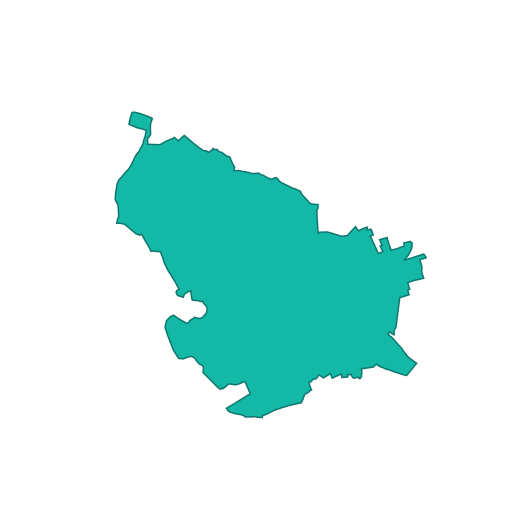 the district of Teius, Alba, Romania, rotated 228°
{"feature_id": "2599482B68392846868701", "entity_name": "Teius", "entity_type": "district", "adm_level": 2, "iso_a3": "ROU", "parent_name": "Romania", "parent_adm1": "Alba", "projection": "mercator", "projection_center": [23.717, 46.211], "detail": "fine", "context": "isolated", "style": "filled", "palette": "teal", "viewbox_px": 512, "rotation_deg": 228, "n_neighbors": 0, "source": "geoboundaries", "source_scale": "gbopen_adm2", "svg_char_len": 6097}
<svg xmlns="http://www.w3.org/2000/svg" viewBox="0 0 512 512"><g transform="rotate(228 256 256)"><path d="M145.2,382.0L149.7,372.0L152.0,367.0L153.6,363.7L153.9,364.3L154.4,368.4L155.2,371.4L156.3,374.1L156.7,375.2L157.7,376.9L159.2,378.9L160.3,379.9L161.8,380.9L162.9,380.0L163.6,380.4L166.1,375.9L166.8,374.6L165.3,373.6L164.3,372.7L164.5,372.1L166.0,368.4L167.2,365.4L168.5,362.8L169.9,360.2L170.2,360.3L171.1,360.9L172.7,361.5L174.1,362.2L175.1,362.4L175.7,362.6L176.9,363.2L178.5,364.1L179.6,364.6L180.6,364.8L180.9,365.0L181.3,365.4L182.0,365.8L185.4,358.8L179.7,357.0L180.5,355.2L180.4,355.0L179.5,354.7L174.3,353.1L174.4,352.8L176.0,348.6L179.6,349.7L189.5,352.8L194.2,354.3L193.2,357.2L194.1,357.6L195.1,358.1L199.1,359.4L200.5,356.3L202.1,356.7L202.1,357.2L202.4,357.5L203.0,357.9L203.6,356.8L205.5,351.4L206.3,348.9L211.2,349.6L210.7,343.3L210.0,337.6L213.3,332.9L226.0,325.2L231.1,319.2L231.5,317.5L244.4,327.7L249.4,332.0L250.2,334.3L252.8,336.5L256.7,332.7L258.0,331.8L259.2,331.4L265.8,331.4L270.5,331.2L274.5,332.3L276.1,331.5L280.2,329.9L280.7,329.2L283.1,328.1L290.3,325.3L293.4,324.0L296.1,323.5L299.2,323.7L300.8,323.4L301.4,322.4L302.0,320.8L302.3,319.6L302.5,319.1L303.2,318.5L306.4,316.9L308.8,316.1L310.8,315.6L312.4,314.4L314.1,313.9L315.7,313.5L316.1,313.2L316.6,312.3L317.6,311.0L318.3,310.1L318.8,309.6L318.9,309.2L319.3,308.8L319.8,308.3L320.7,307.9L321.4,307.2L321.7,306.8L322.4,306.7L322.9,306.6L323.8,305.9L324.0,305.2L324.2,304.9L324.4,304.8L324.9,304.9L325.3,304.9L325.5,304.7L326.3,303.9L327.1,303.1L328.2,302.4L329.8,301.2L330.5,300.7L331.2,300.1L331.7,299.8L332.3,299.1L332.9,297.8L333.8,296.9L334.1,296.7L334.5,296.8L334.8,297.3L335.0,297.9L335.4,298.5L335.9,299.0L336.2,299.4L336.9,299.8L337.5,299.8L339.3,300.1L340.7,300.5L343.3,301.4L344.1,301.7L345.6,302.3L347.0,302.8L348.4,302.2L349.4,301.5L350.7,300.8L351.4,300.6L352.0,300.7L353.0,300.5L353.4,300.4L355.7,300.0L355.9,299.9L356.6,299.3L356.9,299.1L357.7,298.8L358.3,298.4L358.9,298.3L359.8,298.2L360.2,298.5L360.6,298.6L361.1,298.4L361.5,298.0L362.3,297.1L363.6,296.2L364.6,296.0L364.1,295.4L364.3,294.4L364.7,290.0L367.0,289.6L367.5,289.3L368.4,288.5L369.2,287.6L370.0,287.2L372.6,286.7L374.3,286.3L378.8,285.5L380.1,285.2L383.8,284.7L387.1,284.3L390.3,283.8L393.6,283.4L393.7,280.7L393.7,279.1L393.5,275.4L398.7,274.7L398.6,274.3L398.9,273.5L399.2,271.9L399.9,270.5L401.6,265.5L402.9,259.4L403.5,258.5L411.5,250.3L415.8,254.0L416.2,255.1L415.8,255.6L416.6,258.5L417.4,259.6L421.8,263.1L424.7,266.0L427.6,271.0L428.9,270.6L435.7,267.2L439.4,265.2L443.7,262.3L445.6,260.1L443.2,255.6L438.9,249.7L430.8,253.5L425.2,257.3L422.5,258.5L419.9,254.5L418.9,254.0L418.8,252.9L416.5,248.9L415.0,247.3L414.8,246.0L414.0,245.4L413.8,243.3L413.2,241.9L413.0,241.2L412.3,240.1L411.9,238.4L411.9,237.2L411.6,237.2L411.5,235.6L410.3,231.4L409.5,229.7L408.1,226.3L407.2,224.3L405.9,219.9L405.5,214.4L404.7,209.8L404.5,207.3L404.3,204.8L403.7,203.7L402.3,200.8L401.6,199.8L400.9,199.1L399.7,197.6L398.5,196.1L396.3,193.3L395.1,192.2L392.5,189.5L391.8,189.0L390.0,188.5L388.1,188.0L387.1,188.1L386.5,187.7L382.4,184.6L379.1,181.9L376.9,180.0L375.9,177.4L374.8,176.2L373.6,174.4L370.7,177.4L367.3,179.7L352.7,181.7L349.2,183.6L349.2,185.3L344.9,185.1L344.9,184.6L334.5,182.5L329.9,181.1L328.5,182.8L323.0,187.8L319.5,186.3L317.7,185.9L313.0,183.5L303.7,180.8L296.9,179.8L297.0,179.7L288.1,178.1L288.1,177.8L282.8,176.7L283.3,174.0L282.3,172.1L279.1,171.3L273.9,174.4L275.5,176.9L275.0,181.1L274.6,181.9L273.8,184.1L266.5,179.3L265.6,179.3L261.5,183.1L258.8,184.7L257.9,186.1L255.8,185.4L252.8,185.5L250.3,185.0L248.6,183.5L247.4,181.8L246.7,180.4L246.2,175.6L246.4,174.1L247.0,172.7L247.8,171.8L248.3,171.4L250.9,169.7L251.8,168.9L251.4,165.8L252.0,165.8L252.1,164.4L252.4,163.8L251.6,161.0L251.7,160.6L252.3,159.7L258.4,157.3L259.0,157.3L259.0,157.1L267.3,155.0L268.2,151.7L267.8,146.2L263.9,140.7L256.1,137.2L240.9,131.5L231.6,130.0L228.1,133.3L226.8,137.1L224.8,140.6L222.0,142.1L218.0,141.7L213.8,141.6L210.3,142.9L208.2,142.4L204.9,138.7L187.2,139.5L184.2,139.7L184.1,139.8L181.0,140.1L180.2,142.8L179.5,142.7L179.2,146.5L179.3,149.7L178.2,151.1L174.1,154.4L172.9,156.4L171.5,159.9L171.1,161.8L169.9,163.8L157.5,159.5L160.9,140.7L162.6,132.1L160.3,131.7L158.1,131.9L156.6,132.8L155.1,133.6L153.2,134.7L152.7,135.2L151.8,135.8L149.9,137.2L149.4,137.7L147.9,138.8L146.5,139.6L145.7,140.0L144.8,140.1L144.0,140.2L143.2,140.5L142.9,141.1L142.5,141.6L141.6,142.7L140.8,143.5L139.5,144.8L138.9,145.5L137.3,147.9L136.3,148.5L135.4,148.9L133.6,150.8L133.1,151.5L131.7,152.5L132.3,153.4L133.1,154.2L132.2,155.7L131.5,157.7L130.6,160.5L130.2,162.2L129.7,164.1L129.3,165.7L129.0,166.7L126.9,171.5L126.1,173.3L124.8,176.2L123.5,179.1L122.7,180.7L121.4,182.9L120.8,184.2L116.6,191.6L117.1,192.4L117.6,193.6L117.9,194.9L119.0,196.2L119.4,197.2L119.5,197.9L120.3,198.6L120.5,199.2L120.5,199.9L120.1,201.8L119.8,202.9L119.5,204.6L119.7,205.0L119.8,205.5L119.6,206.7L119.3,207.7L121.6,208.4L123.0,208.9L124.8,209.8L126.7,210.8L125.7,213.2L126.3,215.9L124.5,218.5L125.5,223.0L124.2,223.6L122.9,224.0L120.3,224.5L118.8,232.6L114.3,230.8L112.2,237.4L111.1,240.5L108.3,238.5L104.8,243.1L106.5,244.5L104.0,247.5L103.4,247.1L102.2,246.8L101.4,246.6L100.7,246.7L99.9,246.9L99.6,247.2L97.1,251.3L96.1,250.8L95.4,250.9L95.3,251.3L95.6,252.0L95.6,252.7L95.6,253.5L96.3,254.2L97.0,254.5L97.3,255.3L98.0,256.2L99.2,257.0L100.2,258.1L101.0,258.6L101.7,258.7L101.9,258.9L100.9,260.1L100.0,261.2L97.3,265.3L95.0,268.9L95.1,273.2L94.0,273.3L92.6,273.5L90.7,274.2L89.5,274.8L88.4,275.5L85.9,276.5L84.6,276.9L84.2,277.5L83.9,277.8L80.2,279.8L77.7,281.0L74.1,283.2L72.1,284.3L70.3,285.3L68.7,286.4L66.4,288.0L68.8,303.6L76.5,301.9L79.4,301.5L87.7,302.0L88.4,302.4L105.3,302.5L106.0,302.1L109.9,302.1L109.9,304.9L107.3,305.0L106.3,305.3L105.1,306.0L108.3,308.8L109.3,312.2L128.8,334.9L124.8,343.8L128.6,345.7L129.0,346.0L129.0,346.4L128.4,347.9L134.7,351.0L131.7,357.7L127.2,365.7L132.3,367.9L133.7,368.9L136.6,371.7L138.4,372.9L143.7,375.2L141.4,380.0L140.9,380.8L141.0,381.4L145.2,382.0Z" fill="#14b8a6" stroke="#0f766e" stroke-width="1.5"/></g></svg>